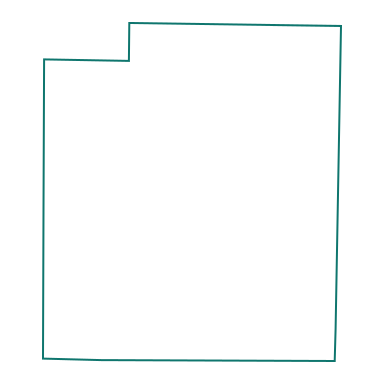 Palo Pinto, Texas, United States of America (Albers equal-area conic projection)
{"feature_id": "52423323B58285060103577", "entity_name": "Palo Pinto", "entity_type": "district", "adm_level": 2, "iso_a3": "USA", "parent_name": "United States of America", "parent_adm1": "Texas", "projection": "albers", "projection_center": [-98.332, 32.76], "detail": "fine", "context": "isolated", "style": "outline", "palette": "teal", "viewbox_px": 384, "rotation_deg": 0, "n_neighbors": 0, "source": "geoboundaries", "source_scale": "gbopen_adm2", "svg_char_len": 240}
<svg xmlns="http://www.w3.org/2000/svg" viewBox="0 0 384 384"><path d="M335.6,328.8L341.0,26.0L129.3,23.0L128.9,60.9L44.1,59.4L43.5,209.6L43.0,358.6L101.1,360.1L334.7,361.0L335.6,328.8Z" fill="none" stroke="#0f766e" stroke-width="2"/></svg>